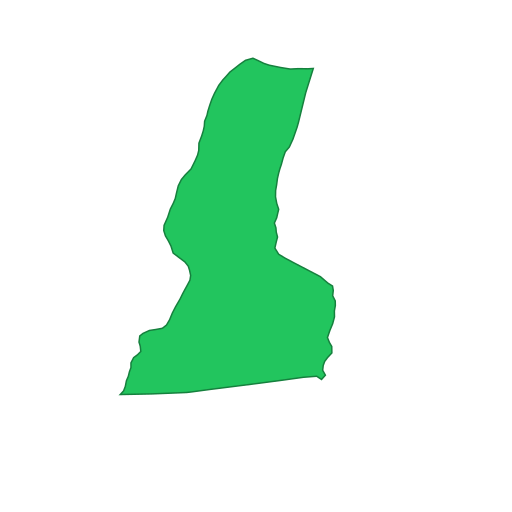 the district of Cabaceiras do Paraguaçu, Bahia, Brazil, rotated 302°
{"feature_id": "56859067B16616636185997", "entity_name": "Cabaceiras do Paraguaçu", "entity_type": "district", "adm_level": 2, "iso_a3": "BRA", "parent_name": "Brazil", "parent_adm1": "Bahia", "projection": "orthographic", "projection_center": [-39.188, -12.575], "detail": "fine", "context": "isolated", "style": "filled", "palette": "green", "viewbox_px": 512, "rotation_deg": 302, "n_neighbors": 0, "source": "geoboundaries", "source_scale": "gbopen_adm2", "svg_char_len": 1793}
<svg xmlns="http://www.w3.org/2000/svg" viewBox="0 0 512 512"><g transform="rotate(302 256 256)"><path d="M343.1,141.0L338.6,143.4L334.1,145.0L329.1,146.3L321.5,147.8L315.2,151.5L310.6,153.0L304.5,153.9L295.4,154.8L287.2,153.0L281.3,152.2L274.3,152.9L267.9,155.0L261.9,157.1L257.0,157.9L250.4,158.5L242.0,160.6L233.3,161.8L228.7,164.3L225.1,168.5L222.4,173.7L219.4,178.6L214.6,184.2L213.9,191.8L213.3,198.8L211.5,203.9L208.7,207.2L204.9,210.9L200.5,212.8L195.0,213.2L189.5,213.5L185.1,213.8L179.4,214.4L170.3,214.7L163.3,215.3L156.2,216.5L150.0,216.7L145.1,214.9L140.6,210.0L136.4,205.1L130.5,201.2L126.6,199.8L121.0,202.4L118.2,205.6L114.0,208.9L109.6,207.9L105.0,206.1L99.1,206.6L95.1,209.1L90.8,210.0L86.2,211.5L81.6,212.2L76.1,214.3L71.4,215.2L66.6,214.3L83.7,240.5L98.5,262.2L103.5,269.5L106.2,272.9L113.9,282.2L119.7,289.2L123.5,293.9L148.7,324.8L165.1,344.7L178.3,360.5L186.2,371.2L186.0,377.0L191.7,378.0L194.4,373.1L198.8,371.0L203.0,370.1L207.8,370.5L214.0,371.7L219.4,368.2L221.5,364.2L224.7,359.8L232.0,358.1L239.2,356.9L246.0,354.8L250.9,351.6L256.1,349.5L259.9,347.0L262.9,342.1L267.7,339.8L271.1,336.8L271.1,331.3L272.6,321.6L270.3,291.9L269.6,281.9L269.5,274.3L272.7,267.8L279.0,265.6L283.5,264.2L287.0,260.5L290.4,258.0L293.7,254.1L299.4,253.3L303.4,251.9L307.6,250.5L311.5,245.8L316.5,241.2L322.0,237.9L327.2,235.8L333.1,233.1L338.6,231.2L342.7,230.0L347.0,229.0L353.6,227.0L359.9,225.6L366.1,226.5L374.7,225.4L387.0,222.6L391.8,221.2L420.9,211.6L445.4,205.2L442.2,200.7L437.3,192.6L432.7,186.0L428.9,177.0L424.8,166.0L423.5,160.6L422.9,154.8L422.1,148.6L416.4,143.4L409.8,140.6L405.0,138.9L398.2,136.4L392.6,135.5L387.9,134.6L381.1,134.0L372.0,134.6L365.4,135.5L359.3,136.9L353.2,138.5L349.3,139.9L343.1,141.0Z" fill="#22c55e" stroke="#15803d" stroke-width="1.5"/></g></svg>